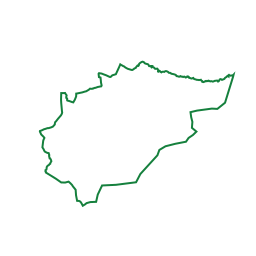 Yorosso, Sikasso, Mali (Mercator projection), rotated 202°
{"feature_id": "8926073B52464298998123", "entity_name": "Yorosso", "entity_type": "district", "adm_level": 2, "iso_a3": "MLI", "parent_name": "Mali", "parent_adm1": "Sikasso", "projection": "mercator", "projection_center": [-4.768, 12.344], "detail": "fine", "context": "isolated", "style": "outline", "palette": "green", "viewbox_px": 256, "rotation_deg": 202, "n_neighbors": 0, "source": "geoboundaries", "source_scale": "gbopen_adm2", "svg_char_len": 4566}
<svg xmlns="http://www.w3.org/2000/svg" viewBox="0 0 256 256"><g transform="rotate(202 128 128)"><path d="M100.2,80.7L99.3,90.0L90.5,113.7L90.7,119.4L86.4,125.1L78.2,131.1L69.1,137.0L68.1,141.5L65.2,145.8L63.2,150.3L68.8,152.1L70.6,157.8L73.4,161.6L76.0,166.1L70.5,170.0L57.5,177.4L52.3,179.2L47.5,187.8L49.8,215.0L50.1,217.0L50.3,216.5L50.9,215.9L51.8,215.4L52.2,215.0L53.7,214.9L54.3,215.1L54.6,214.6L54.5,214.2L54.2,213.8L54.1,213.5L54.7,213.7L55.3,213.5L55.7,212.7L55.8,212.1L56.4,211.5L56.9,210.6L57.0,209.7L57.4,209.2L58.0,208.8L58.2,208.4L58.7,208.0L59.1,207.8L59.4,207.9L60.0,208.1L60.5,208.0L61.2,207.3L61.3,205.7L61.6,205.1L61.9,204.8L62.2,205.0L62.5,205.2L63.1,205.4L64.0,204.9L65.4,204.1L65.8,203.6L66.7,202.8L67.8,202.7L68.4,202.6L68.9,202.3L69.2,202.0L69.7,202.0L70.5,202.1L71.2,202.0L71.4,201.4L71.7,201.3L72.5,201.2L72.9,200.7L73.6,200.7L74.0,200.3L74.2,199.7L74.7,199.5L75.1,198.9L75.7,198.7L76.5,198.7L76.6,199.1L76.8,199.3L77.0,199.4L77.6,199.4L78.1,199.6L78.5,200.0L79.1,199.6L79.7,199.3L80.1,199.0L80.9,198.9L82.4,198.4L83.6,198.4L84.0,198.3L85.0,198.2L85.6,198.4L86.2,198.9L86.7,198.5L87.3,197.8L87.9,197.6L88.3,197.6L88.7,197.6L89.3,197.6L90.1,197.4L90.7,197.7L90.8,198.1L91.7,198.3L92.4,198.0L92.5,197.3L93.2,196.6L93.3,196.6L93.6,196.4L94.3,196.7L94.6,196.7L95.2,196.7L95.6,196.3L95.9,196.0L96.0,195.9L96.6,196.0L97.2,195.9L97.7,195.6L98.1,195.6L98.7,195.8L99.1,195.5L99.2,195.1L99.6,194.8L100.3,194.6L101.4,194.6L102.4,194.3L102.9,194.7L103.2,194.8L103.6,195.1L104.7,195.1L105.8,195.0L106.9,194.8L107.8,194.6L108.5,194.6L109.0,194.9L109.8,194.9L110.3,194.6L110.8,194.5L111.3,194.7L111.8,195.0L112.8,195.1L113.6,195.1L114.3,194.9L115.0,194.3L115.4,193.6L116.1,193.5L116.9,193.2L117.7,192.5L117.8,192.3L117.9,192.1L118.6,192.2L119.4,192.6L120.1,192.8L120.4,192.4L120.5,192.3L120.7,191.7L121.0,191.5L121.4,191.7L121.5,192.2L121.3,192.6L121.4,192.9L122.0,193.2L122.3,193.5L122.5,193.7L123.2,194.0L124.1,193.4L124.9,193.1L125.4,193.1L125.7,193.3L125.9,193.5L127.1,193.9L128.0,193.8L128.4,193.4L128.8,193.0L129.1,193.2L129.0,193.4L129.0,193.7L128.8,194.1L128.8,194.5L129.7,194.2L130.8,193.6L131.1,193.5L131.3,193.4L131.6,193.3L131.8,193.5L132.2,193.9L132.5,194.1L133.1,194.5L134.3,194.5L135.2,194.3L135.4,194.3L136.2,194.3L136.8,194.3L137.7,194.9L139.2,195.0L140.0,194.4L141.0,193.1L141.7,191.7L141.5,190.6L141.5,189.9L141.7,189.4L142.2,189.2L142.5,189.3L142.5,189.2L142.8,188.9L143.2,187.7L143.3,187.1L143.3,186.8L143.3,186.7L143.7,186.3L144.5,185.4L144.7,184.8L145.3,184.0L145.6,183.5L146.3,183.2L147.2,183.1L149.2,182.9L150.5,182.8L152.2,183.0L153.5,183.2L154.5,183.6L155.7,183.6L156.8,183.8L158.1,183.9L159.0,184.1L159.0,181.9L159.4,173.7L159.4,173.3L160.3,172.6L161.1,171.9L161.7,171.5L162.5,170.6L163.0,169.3L163.3,168.8L164.1,168.5L168.2,168.7L170.7,168.6L171.3,168.6L172.8,168.6L174.5,168.2L175.4,168.0L175.6,167.4L175.2,166.5L174.3,164.9L174.0,164.3L173.5,164.3L172.9,164.5L172.4,164.5L171.2,162.3L170.0,159.9L168.8,158.2L168.4,157.6L168.4,156.8L168.5,156.5L169.3,156.1L170.0,155.6L171.4,154.7L173.3,153.0L174.3,152.5L174.8,151.7L175.4,151.5L175.8,151.0L176.4,150.7L177.4,150.4L178.0,150.2L178.6,148.9L180.5,146.4L181.9,145.4L183.7,143.9L188.2,140.9L188.9,140.5L188.7,140.0L187.9,137.8L187.9,134.3L188.1,132.9L188.3,132.1L188.3,131.9L188.3,131.3L189.3,131.1L192.6,131.0L193.9,130.8L194.7,130.8L195.1,131.5L195.4,132.4L196.0,132.8L196.5,132.8L196.9,133.6L197.0,134.5L197.1,135.2L197.4,135.5L197.6,135.6L198.5,136.1L199.5,136.9L200.6,136.3L202.0,135.8L203.0,135.4L200.7,129.2L199.3,126.2L195.6,119.0L194.8,117.6L194.7,116.2L194.9,114.6L196.3,110.5L197.3,107.0L197.7,106.2L197.6,105.2L197.4,104.4L197.2,103.8L197.5,103.0L197.9,101.9L198.2,101.1L199.6,99.7L201.5,98.2L202.6,97.7L204.2,96.3L205.6,95.2L206.5,94.1L207.8,92.8L208.5,92.3L208.5,92.0L208.3,91.6L207.1,90.5L206.1,89.5L203.4,88.4L202.6,88.0L202.1,87.7L201.8,87.5L201.9,85.5L201.8,84.3L200.1,78.0L198.3,76.7L197.5,75.9L196.4,75.0L195.0,74.8L193.3,74.7L192.8,74.9L192.1,75.0L191.7,74.4L190.8,73.4L190.8,72.7L190.5,72.2L189.3,70.5L188.7,70.6L187.3,69.4L186.6,68.4L186.8,67.3L186.9,66.4L186.7,65.7L187.2,65.1L187.4,64.6L187.5,64.0L188.3,63.0L188.6,62.1L188.7,61.3L188.5,60.5L188.2,59.6L188.1,58.9L188.4,58.3L188.7,58.0L188.4,57.3L188.2,56.7L187.5,56.5L187.2,56.1L187.2,55.9L175.6,53.9L169.5,52.5L165.8,53.9L163.0,56.0L160.7,55.2L158.5,54.2L157.3,53.3L153.4,51.1L151.0,46.2L147.9,41.4L146.2,42.0L145.2,42.0L143.9,41.5L142.7,40.6L140.8,39.0L139.2,41.1L138.3,42.8L135.2,45.2L129.9,47.6L131.1,54.9L130.5,65.0L117.9,70.8L100.2,80.7Z" fill="none" stroke="#15803d" stroke-width="2"/></g></svg>